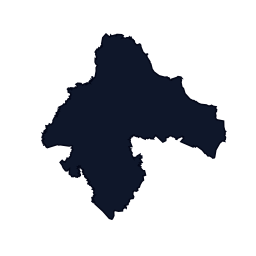 Tangerang, Banten, Indonesia, rotated 45°
{"feature_id": "22746128B62876177397182", "entity_name": "Tangerang", "entity_type": "district", "adm_level": 2, "iso_a3": "IDN", "parent_name": "Indonesia", "parent_adm1": "Banten", "projection": "albers", "projection_center": [106.513, -6.182], "detail": "fine", "context": "isolated", "style": "filled", "palette": "ink", "viewbox_px": 256, "rotation_deg": 45, "n_neighbors": 0, "source": "geoboundaries", "source_scale": "gbopen_adm2", "svg_char_len": 5829}
<svg xmlns="http://www.w3.org/2000/svg" viewBox="0 0 256 256"><g transform="rotate(45 128 128)"><path d="M178.7,205.1L181.1,203.9L181.1,203.0L180.0,200.0L176.9,197.2L176.9,195.6L180.1,193.6L182.7,190.5L181.5,189.1L181.8,187.1L182.1,186.2L183.4,186.0L182.8,185.2L180.9,185.7L180.5,185.3L182.1,182.1L181.2,181.1L180.7,178.7L179.7,177.9L179.8,176.2L181.4,174.2L180.7,172.6L178.2,171.6L176.7,169.6L176.5,168.2L178.6,166.7L179.0,165.2L177.1,163.9L177.8,161.8L176.6,159.6L175.6,156.0L175.8,153.9L172.5,151.4L173.7,148.9L169.9,146.6L168.8,147.6L165.1,147.4L164.5,146.3L161.9,147.3L161.5,146.5L162.7,145.8L162.7,144.5L161.0,144.4L162.3,142.4L157.9,141.4L158.9,139.3L157.5,138.1L156.9,138.8L155.6,138.9L155.1,138.2L154.3,141.5L154.7,141.9L154.2,143.4L152.9,144.9L153.4,145.4L149.6,144.5L148.5,142.7L145.5,142.3L145.6,141.8L144.7,141.7L144.8,140.9L144.1,141.3L142.0,140.5L143.8,138.4L139.1,136.3L138.3,135.2L136.8,135.5L137.3,134.7L137.1,133.5L136.5,133.5L136.8,131.4L136.3,131.3L136.5,130.6L137.1,130.6L136.7,129.8L137.3,128.7L137.6,129.0L140.3,127.8L140.3,127.2L142.0,127.0L141.9,126.3L143.5,124.9L145.1,124.9L148.1,123.7L147.8,122.9L148.7,121.5L149.5,121.5L149.9,119.5L151.6,119.5L153.4,117.9L153.1,117.9L152.8,113.5L162.6,113.3L163.6,110.2L161.5,107.9L162.9,106.4L162.9,104.0L164.4,102.7L165.7,102.6L166.7,101.7L169.3,101.3L169.9,102.0L170.6,101.5L170.3,100.3L172.2,95.4L173.0,95.2L172.8,95.7L173.7,95.6L175.0,96.2L174.7,97.3L175.0,100.3L187.4,95.4L186.8,94.2L189.1,93.8L189.2,92.3L189.7,92.0L196.1,91.0L200.4,91.5L201.2,90.8L204.3,91.2L205.3,90.0L208.3,89.2L209.0,89.4L210.0,88.3L209.9,87.4L205.6,81.4L203.5,73.9L203.8,70.3L205.7,69.1L205.0,68.9L204.8,67.3L203.5,65.6L201.7,65.1L200.9,64.1L201.0,63.5L199.9,63.1L199.5,61.4L198.9,61.7L197.5,61.1L194.9,59.5L190.7,55.5L185.6,59.0L184.5,59.5L183.6,59.2L181.5,58.1L181.7,57.4L179.2,55.7L178.3,53.9L178.7,53.7L177.6,52.3L175.8,52.3L175.3,50.7L173.1,52.3L171.0,52.9L170.5,54.3L169.4,55.5L167.1,56.3L162.9,59.7L160.4,60.8L157.5,61.2L157.5,61.7L155.2,62.0L154.4,62.8L151.3,63.8L143.9,63.4L139.3,60.9L137.0,60.9L133.1,58.2L131.8,56.2L131.3,56.4L130.2,55.5L130.0,54.9L130.4,54.7L129.4,54.6L127.0,56.3L126.8,57.8L124.4,62.6L125.0,63.4L123.5,64.3L123.9,64.6L122.2,63.6L121.7,64.4L121.1,63.9L120.4,64.7L119.6,64.3L118.0,66.2L113.0,69.1L106.8,70.0L103.3,69.3L98.8,66.6L96.8,66.2L96.5,65.6L91.4,64.5L89.7,63.3L89.6,62.0L89.1,62.1L89.0,63.6L85.1,63.8L80.0,61.7L78.3,60.4L76.9,60.3L75.9,62.6L75.0,63.3L72.3,63.1L70.9,62.0L70.3,62.5L69.1,61.9L67.9,62.5L66.7,62.0L67.1,62.9L66.8,63.4L65.7,62.4L65.5,63.4L64.6,62.8L64.6,63.9L63.3,65.0L62.8,66.5L60.9,67.5L60.1,69.0L59.4,66.1L57.6,66.5L54.0,69.7L53.8,70.3L54.5,70.7L54.4,71.4L53.2,71.4L51.3,74.7L50.1,74.6L50.8,75.7L50.5,76.8L46.0,77.1L46.3,82.0L49.9,87.1L51.0,87.4L51.0,88.0L51.7,88.3L50.9,88.9L51.0,89.5L52.0,89.6L51.6,91.5L50.6,91.8L51.1,93.2L51.7,93.4L51.5,93.9L50.4,94.1L50.9,97.1L51.3,97.6L52.2,97.3L53.0,98.7L55.6,99.9L56.8,101.6L55.7,102.0L58.1,104.6L59.9,105.4L62.1,105.2L62.8,107.8L65.3,110.2L68.7,115.1L68.7,117.2L68.0,117.5L66.8,117.0L66.5,117.4L68.8,118.7L68.8,119.4L67.7,119.7L69.1,120.7L68.9,121.3L68.0,121.0L67.7,121.3L67.9,122.7L69.4,123.1L68.6,123.4L68.3,124.3L67.1,125.1L67.1,125.7L68.1,125.6L67.9,126.7L67.3,127.3L66.5,126.8L65.8,128.2L65.7,129.8L63.4,129.8L63.4,131.0L62.5,130.4L60.7,132.0L60.3,133.9L62.6,133.9L63.0,136.0L61.9,136.3L62.1,137.7L60.3,139.1L61.0,140.7L60.3,140.9L59.7,139.9L59.2,139.9L58.7,141.1L59.3,142.1L59.1,142.7L58.2,142.7L58.6,142.2L58.3,141.5L57.6,142.0L57.8,143.4L59.2,143.7L60.4,144.9L63.1,143.7L62.6,144.2L63.9,144.6L64.7,146.0L64.1,147.1L66.0,147.6L65.7,148.2L66.3,148.7L65.1,149.5L65.8,152.0L65.0,152.9L65.3,153.3L66.1,153.0L66.1,154.0L67.0,154.9L66.4,155.5L66.4,156.3L65.6,156.6L65.9,158.2L64.5,162.2L65.8,162.0L66.6,163.4L65.4,163.9L66.4,165.0L67.3,165.0L66.6,165.7L67.2,166.5L66.5,167.9L67.3,168.5L68.6,167.6L68.9,169.3L69.8,169.9L69.3,170.4L68.1,169.7L67.7,170.7L68.8,171.4L68.6,172.4L69.6,175.6L71.0,177.0L71.3,178.7L71.3,180.1L69.5,180.7L70.0,181.4L69.5,184.5L68.8,184.1L68.4,184.4L69.9,185.3L71.6,185.3L70.5,185.8L71.7,186.5L71.1,187.2L70.9,189.1L72.1,188.8L71.3,189.6L71.4,190.2L72.7,189.4L73.1,190.2L72.2,191.6L72.4,192.1L71.7,192.3L73.7,193.0L73.8,193.6L73.2,194.1L74.1,195.6L76.4,195.2L75.9,197.1L76.2,197.8L77.5,197.4L77.7,198.3L78.6,198.2L79.0,198.9L79.7,198.3L80.6,199.5L81.3,198.4L83.5,199.2L84.8,199.0L89.8,189.5L90.9,189.1L92.0,187.7L99.2,182.3L100.0,180.7L101.3,180.0L102.4,181.1L102.2,182.1L103.0,181.8L104.3,182.3L104.2,183.1L104.6,183.0L105.2,184.5L105.1,185.6L105.6,185.6L106.0,187.3L107.3,188.1L107.6,189.2L107.2,189.9L107.7,190.8L107.5,191.7L106.6,192.2L107.0,192.4L106.6,193.2L107.4,195.4L106.9,196.7L107.3,196.8L106.7,197.3L104.3,197.4L104.3,200.3L107.6,200.8L110.2,201.9L114.0,202.4L115.2,201.5L115.4,198.2L119.1,202.1L121.4,201.5L122.5,202.1L123.7,201.1L123.8,199.9L125.5,199.6L127.0,198.5L126.5,197.8L127.7,196.8L127.3,196.1L127.9,195.4L127.1,194.6L126.4,195.3L124.8,195.1L125.6,194.0L124.8,193.6L124.8,192.9L124.2,193.0L123.5,192.2L123.1,192.8L122.3,192.0L120.8,192.3L120.9,191.2L119.8,191.0L120.6,190.3L120.0,189.5L121.0,188.9L121.1,189.5L122.1,189.5L122.3,190.1L122.6,189.5L125.5,189.5L125.8,189.0L126.7,189.7L126.5,190.5L127.4,190.8L127.1,191.2L128.8,191.5L128.9,192.3L130.7,191.7L131.6,192.7L132.2,192.2L132.2,193.0L133.8,193.0L135.2,192.3L136.3,192.6L135.1,193.0L136.5,193.0L136.4,193.9L137.4,193.5L138.3,194.0L139.0,195.8L139.6,195.6L139.6,194.3L140.0,195.0L141.6,195.4L142.6,194.5L143.5,195.1L145.5,194.9L146.3,195.5L146.1,196.4L146.9,196.1L146.8,195.0L147.3,195.0L147.3,195.7L149.6,197.6L149.4,198.1L151.5,198.8L151.5,199.1L152.0,198.8L151.7,200.5L152.7,200.8L151.8,202.5L152.8,202.7L152.2,202.9L153.0,203.6L153.9,203.6L154.3,205.3L156.0,205.2L155.5,204.1L156.1,203.6L158.4,205.0L169.1,204.5L178.7,205.1Z" fill="#0f172a" stroke="#020617" stroke-width="1.5"/></g></svg>